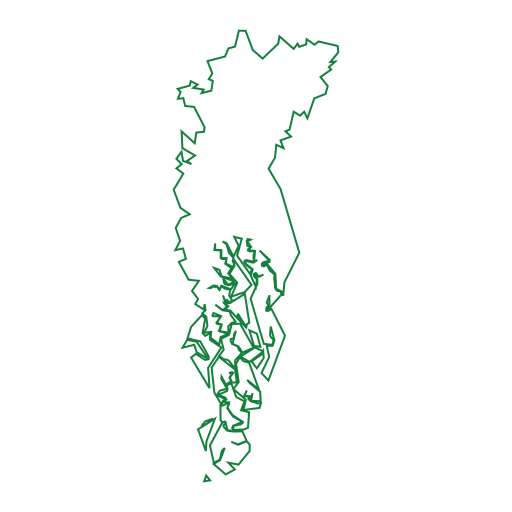 Khulna, Khulna, Bangladesh (Mercator projection)
{"feature_id": "16705992B21968895988188", "entity_name": "Khulna", "entity_type": "district", "adm_level": 2, "iso_a3": "BGD", "parent_name": "Bangladesh", "parent_adm1": "Khulna", "projection": "mercator", "projection_center": [89.444, 22.353], "detail": "fine", "context": "isolated", "style": "outline", "palette": "green", "viewbox_px": 512, "rotation_deg": 0, "n_neighbors": 0, "source": "geoboundaries", "source_scale": "gbopen_adm2", "svg_char_len": 6101}
<svg xmlns="http://www.w3.org/2000/svg" viewBox="0 0 512 512"><path d="M337.7,46.0L318.6,41.5L314.5,44.7L306.7,39.2L306.1,44.4L299.2,46.8L297.6,43.7L293.7,48.9L279.5,36.4L278.2,43.7L262.6,58.6L252.7,49.9L245.6,30.8L238.9,30.7L235.0,46.6L228.4,48.4L225.0,56.5L207.5,61.1L212.3,73.4L208.8,79.2L212.8,80.9L211.3,90.7L201.6,93.1L203.7,89.6L193.3,87.9L197.5,84.6L190.8,81.2L189.7,85.6L177.7,88.9L180.6,91.9L177.9,98.8L183.3,98.2L185.2,106.0L194.1,106.9L204.6,127.3L203.9,131.8L196.3,132.6L194.7,143.2L181.6,131.4L182.4,148.1L195.0,155.5L186.9,161.1L191.4,164.1L183.0,160.9L181.5,151.7L176.4,158.8L181.7,164.1L176.4,168.4L183.3,173.6L173.7,189.7L180.4,207.8L189.7,214.3L181.2,217.9L175.7,228.0L180.1,240.8L175.4,250.1L183.0,248.5L185.9,258.9L178.9,261.9L188.6,279.7L198.9,280.8L192.0,290.9L198.1,299.0L195.3,304.1L203.9,309.6L204.6,304.1L205.6,310.2L202.3,313.2L206.3,316.9L207.4,325.9L204.1,332.8L211.1,331.8L210.7,337.9L219.3,344.4L220.6,337.2L228.0,333.8L218.9,331.1L221.3,324.6L216.9,323.8L216.4,322.8L220.8,316.4L212.9,316.2L212.4,315.3L213.6,313.0L221.1,316.2L216.9,322.8L221.8,324.5L219.7,331.1L228.4,332.6L228.3,326.3L231.4,323.1L235.6,321.6L230.9,315.2L229.7,311.4L222.5,310.3L215.3,304.7L222.8,310.1L227.1,306.7L223.8,302.8L227.2,300.4L225.5,301.4L224.7,301.0L223.0,295.4L225.2,300.9L227.2,299.9L229.5,302.9L230.6,301.4L232.4,300.6L229.2,295.6L230.2,289.7L224.5,288.5L221.6,286.1L219.5,290.1L216.5,286.2L214.9,287.2L214.0,286.0L210.8,288.2L209.2,288.0L213.6,285.5L216.9,285.9L219.4,289.6L221.3,285.6L230.9,289.4L234.6,284.0L228.1,285.2L224.7,283.9L224.1,283.1L223.2,278.5L228.1,284.7L235.0,281.5L221.0,276.6L214.2,268.0L219.6,269.9L221.5,276.4L232.5,278.6L228.2,273.4L231.5,268.1L225.2,263.7L226.4,258.9L222.1,259.0L220.6,257.9L220.8,250.5L214.4,250.0L215.2,243.4L215.1,249.7L221.4,250.1L221.3,257.9L226.6,258.1L225.9,263.6L233.0,267.0L234.1,264.5L232.7,260.8L233.6,258.1L229.1,253.0L226.2,243.4L225.3,243.4L222.6,241.4L226.6,243.3L233.5,256.7L238.7,245.8L234.2,236.9L241.8,238.7L237.1,255.7L249.8,273.6L252.1,269.6L246.7,265.3L244.3,262.1L244.9,260.6L246.6,260.1L253.8,261.8L253.5,255.4L254.7,251.1L250.1,251.4L248.1,250.6L248.1,249.3L250.8,246.9L247.4,245.9L246.7,241.1L250.1,239.8L246.5,239.1L251.2,239.5L247.1,241.2L251.1,246.9L248.4,250.2L255.0,250.9L254.1,261.2L257.3,260.1L253.1,262.7L245.9,260.7L245.6,263.7L252.7,269.4L250.7,275.6L255.9,287.0L256.9,279.4L253.6,275.8L253.9,273.9L255.8,273.0L258.6,276.4L263.5,274.6L258.8,276.8L254.0,274.5L257.3,278.9L257.3,284.1L250.6,298.7L263.8,343.8L272.2,344.9L273.7,340.0L270.9,337.2L270.1,334.9L270.7,326.5L274.4,340.2L272.6,345.8L266.8,345.8L269.2,357.0L261.5,373.0L268.4,380.5L285.0,335.7L271.5,309.0L267.8,311.1L266.1,310.5L266.7,307.1L268.8,306.3L266.8,302.6L269.5,295.3L269.4,306.5L267.1,310.8L281.5,294.5L280.7,291.6L276.9,290.7L275.2,288.2L274.2,277.9L274.8,274.6L269.9,270.6L266.9,264.8L263.7,266.4L262.0,265.7L261.8,264.0L263.0,262.4L269.3,260.6L259.5,250.5L269.6,259.8L269.4,261.9L262.2,264.6L267.3,264.3L275.4,273.9L276.1,288.8L281.5,291.4L283.2,295.8L284.4,282.4L299.3,252.7L280.6,189.1L268.6,168.7L275.0,157.7L276.3,144.8L283.5,148.2L280.5,140.4L291.0,136.6L285.5,131.3L289.6,129.6L293.7,111.7L300.1,115.6L304.2,111.7L307.4,118.3L314.3,98.3L325.6,93.9L327.7,86.0L320.5,77.0L331.1,69.6L328.9,67.1L335.2,61.6L330.4,62.0L338.3,52.3L337.7,46.0ZM222.1,422.8L209.9,445.5L213.9,462.8L219.8,459.6L221.9,451.1L222.7,449.9L224.7,448.0L220.0,460.3L213.6,464.0L225.7,474.4L234.8,469.4L228.4,462.7L238.5,464.6L249.6,451.0L249.7,444.7L246.7,441.2L238.1,444.8L231.3,441.8L237.9,444.4L246.6,440.9L242.4,431.3L233.9,431.6L228.3,430.9L226.7,430.2L223.7,426.8L223.5,425.2L225.6,423.9L225.1,421.9L222.1,422.8ZM205.1,335.9L202.6,332.9L205.2,318.6L201.9,315.2L191.1,326.9L187.5,338.3L200.3,341.4L208.7,356.5L208.6,359.2L205.0,359.9L195.9,353.9L191.1,357.5L209.5,388.2L208.1,367.8L221.4,347.6L210.0,339.8L210.2,333.2L205.1,335.9ZM258.9,389.5L249.1,362.7L243.7,361.3L239.8,357.2L236.1,363.9L238.7,382.1L233.4,388.9L245.8,399.8L243.5,410.0L259.6,407.9L260.9,403.1L258.1,403.5L250.9,401.3L248.3,398.8L249.5,396.4L245.3,396.5L244.1,396.0L246.8,390.4L244.5,395.9L249.9,396.2L250.7,400.2L252.5,393.1L251.0,400.9L260.6,401.2L260.2,391.7L249.8,383.1L247.2,379.9L258.9,389.5ZM240.1,323.7L231.8,324.0L229.0,334.8L221.0,339.0L223.7,349.7L219.1,355.9L223.5,359.2L227.4,359.8L229.2,361.1L235.1,368.7L235.2,360.3L241.8,352.9L238.5,349.1L237.7,346.4L232.0,343.9L230.6,340.6L230.6,339.2L233.9,338.0L234.0,334.4L235.9,330.8L232.4,343.8L238.5,346.4L242.4,352.6L253.6,347.7L240.1,323.7ZM235.1,369.6L218.9,356.8L211.6,367.6L214.4,392.6L221.7,405.1L222.8,401.1L225.7,399.3L218.6,395.9L217.7,393.8L219.9,390.6L227.1,388.7L221.3,378.9L221.5,376.7L226.1,384.7L231.2,380.9L229.4,377.6L232.6,372.9L229.0,373.2L232.0,372.1L232.9,373.3L229.8,377.5L231.4,380.7L230.2,382.6L236.8,382.5L235.1,369.6ZM231.3,383.4L226.7,385.3L227.5,388.9L227.0,391.0L218.3,394.8L225.4,397.7L226.4,399.6L222.9,402.0L229.1,402.4L229.2,404.0L227.4,407.6L232.7,415.3L242.8,421.8L242.5,423.0L240.9,424.3L233.3,426.0L233.5,430.0L244.4,429.4L248.0,427.7L249.1,412.2L241.1,410.3L244.5,401.3L236.3,397.1L231.3,383.4ZM249.3,322.7L244.8,293.8L229.8,303.2L224.6,302.8L228.3,306.3L224.5,309.4L230.4,310.7L246.2,327.7L246.6,326.2L244.7,325.6L241.0,321.6L239.5,319.8L239.9,318.4L237.3,315.6L238.2,314.3L245.2,325.4L249.3,322.7ZM244.7,292.1L251.5,284.8L233.6,259.3L234.5,266.0L229.5,273.9L237.2,282.8L231.1,296.7L244.7,292.1ZM227.2,408.2L228.8,402.8L223.0,405.4L220.4,405.3L220.6,420.3L222.1,422.2L224.7,421.5L225.5,422.1L227.5,430.2L233.8,431.0L232.2,428.1L232.8,425.9L242.4,421.9L232.8,416.3L227.2,408.2ZM205.9,451.0L206.4,441.6L214.9,418.7L198.0,429.3L205.9,451.0ZM249.6,361.9L262.1,352.3L262.4,350.9L254.8,347.5L240.5,356.6L249.6,361.9ZM196.8,341.8L187.2,339.8L182.5,347.7L194.2,344.8L196.7,352.2L207.8,358.7L196.8,341.8ZM260.4,346.9L256.9,333.7L249.4,330.3L254.0,345.9L260.4,346.9ZM256.9,368.3L263.7,358.1L263.2,351.2L261.6,354.5L251.5,361.4L256.9,368.3ZM204.2,481.3L210.1,480.4L206.2,475.5L204.2,481.3ZM201.4,426.3L206.8,423.7L212.8,418.7L205.2,421.4L201.4,426.3Z" fill="none" stroke="#15803d" stroke-width="2"/></svg>